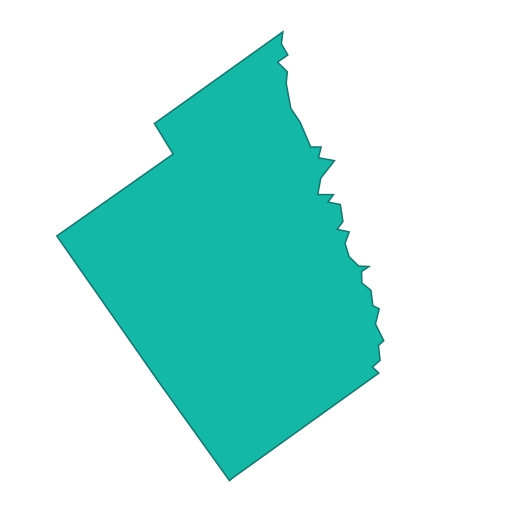 Calhoun, Florida, United States of America (Natural Earth projection), rotated 324°
{"feature_id": "52423323B11217217149990", "entity_name": "Calhoun", "entity_type": "district", "adm_level": 2, "iso_a3": "USA", "parent_name": "United States of America", "parent_adm1": "Florida", "projection": "natural_earth1", "projection_center": [-85.065, 30.404], "detail": "fine", "context": "isolated", "style": "filled", "palette": "teal", "viewbox_px": 512, "rotation_deg": 324, "n_neighbors": 0, "source": "geoboundaries", "source_scale": "gbopen_adm2", "svg_char_len": 671}
<svg xmlns="http://www.w3.org/2000/svg" viewBox="0 0 512 512"><g transform="rotate(324 256 256)"><path d="M409.5,90.4L251.7,89.1L248.9,124.8L106.6,122.7L103.3,301.3L102.5,422.1L106.9,421.8L286.6,422.9L284.9,414.3L295.1,413.3L302.4,400.4L309.6,399.6L312.7,381.2L324.6,371.2L321.3,364.9L328.8,351.4L325.8,340.0L332.3,330.6L341.2,330.9L333.2,324.6L330.9,311.2L335.5,298.1L345.5,291.3L337.3,282.1L346.6,279.2L354.5,263.9L345.9,254.7L354.7,251.9L342.1,242.6L354.1,231.1L375.5,225.0L364.3,213.3L372.7,206.1L364.3,200.0L370.3,173.9L370.9,157.1L381.9,134.1L389.6,125.4L387.4,111.8L399.9,112.1L401.2,99.3L409.5,90.4Z" fill="#14b8a6" stroke="#0f766e" stroke-width="1.5"/></g></svg>